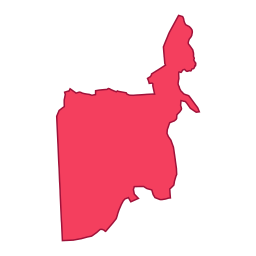 Al Jarrahi, Al Hudaydah, Yemen
{"feature_id": "15242507B33824576617573", "entity_name": "Al Jarrahi", "entity_type": "district", "adm_level": 2, "iso_a3": "YEM", "parent_name": "Yemen", "parent_adm1": "Al Hudaydah", "projection": "mercator", "projection_center": [43.453, 14.104], "detail": "fine", "context": "isolated", "style": "filled", "palette": "rose", "viewbox_px": 256, "rotation_deg": 0, "n_neighbors": 0, "source": "geoboundaries", "source_scale": "gbopen_adm2", "svg_char_len": 4024}
<svg xmlns="http://www.w3.org/2000/svg" viewBox="0 0 256 256"><path d="M176.4,168.2L176.3,167.6L175.3,160.5L175.3,160.4L175.3,160.2L175.2,159.3L175.0,158.2L174.8,156.6L174.7,155.9L174.5,154.4L174.4,153.9L173.9,150.3L173.4,147.1L171.9,143.0L170.9,140.2L170.2,139.2L168.6,136.9L168.3,136.4L167.2,133.8L167.0,133.4L167.1,132.4L167.2,130.7L167.3,129.6L168.0,127.6L168.7,125.6L168.8,125.1L169.7,122.8L169.7,122.7L173.2,121.3L174.3,120.9L176.1,119.4L176.7,118.2L176.7,116.7L176.9,114.8L178.0,113.6L179.7,111.9L181.3,109.6L181.5,108.7L181.2,107.3L180.6,105.4L181.0,100.6L182.0,100.8L183.0,101.0L183.3,101.1L183.5,101.2L185.3,101.5L186.8,103.2L190.2,108.0L190.3,108.2L190.4,108.3L196.0,112.1L196.3,112.2L199.3,111.8L197.8,108.0L197.2,107.1L195.6,105.0L190.7,98.3L189.2,96.3L189.0,96.0L188.2,95.5L187.4,95.2L186.0,94.8L184.4,94.2L183.5,93.7L182.9,93.0L182.4,92.3L181.8,91.9L181.3,91.5L180.8,90.7L179.6,88.5L179.2,86.8L178.7,85.8L178.4,85.1L178.1,84.0L178.1,83.2L178.5,80.3L178.9,78.7L178.7,74.7L178.7,73.0L178.9,72.0L179.3,71.9L180.1,72.1L180.5,72.3L181.0,72.4L181.4,72.1L182.0,71.1L182.6,70.2L183.0,69.9L183.6,69.7L184.2,69.4L184.8,69.5L185.3,70.2L185.9,70.8L186.8,71.3L187.4,71.3L188.4,71.0L189.2,70.7L189.6,70.7L190.3,70.9L191.0,70.8L191.4,70.2L191.6,69.4L192.1,68.9L192.6,68.8L193.1,68.8L193.6,68.6L194.1,68.0L194.6,66.8L194.8,66.4L194.8,65.8L195.1,65.6L195.5,65.7L195.6,65.4L195.8,64.8L195.6,64.4L195.4,64.0L195.5,63.7L195.8,63.4L195.8,63.2L195.6,62.9L195.2,62.6L195.0,62.3L194.7,61.7L194.4,61.1L194.0,60.7L193.9,60.4L193.8,59.9L193.8,59.5L194.2,58.9L194.2,58.7L194.2,58.2L194.1,57.7L193.8,57.2L193.6,56.9L193.5,56.4L193.6,56.1L193.5,55.6L193.5,55.2L193.5,54.9L193.6,54.5L193.5,53.2L193.3,52.1L193.1,51.6L192.8,50.0L191.0,47.4L189.8,45.7L188.5,44.1L188.2,43.0L188.3,42.2L188.6,40.9L189.3,39.0L190.7,37.3L191.7,35.5L192.2,32.9L192.3,32.6L192.3,31.3L192.0,29.9L191.2,28.7L190.5,27.8L189.3,26.6L186.2,25.0L185.7,24.7L184.9,23.4L184.4,22.2L184.0,21.0L183.6,18.7L183.0,17.3L182.6,16.6L180.7,16.0L178.6,15.4L169.4,32.3L168.5,34.3L167.9,35.8L167.8,36.1L167.0,38.0L166.4,39.5L165.9,40.6L164.1,45.1L164.0,45.5L163.7,46.2L163.5,46.8L163.4,46.9L164.1,55.4L164.1,55.7L164.2,56.9L164.3,57.3L164.5,59.9L164.8,63.4L165.5,65.1L158.7,69.5L155.8,71.3L155.7,71.3L155.5,71.5L154.7,72.0L153.7,72.6L151.8,73.8L151.6,73.9L151.3,75.3L150.3,76.7L147.5,78.4L148.1,79.8L148.3,80.3L148.8,81.9L149.1,82.9L149.2,83.4L152.0,83.1L152.8,83.7L152.9,84.7L152.8,85.7L153.0,86.7L154.6,94.1L154.3,94.1L152.3,94.1L148.2,94.3L146.3,94.4L145.4,94.5L139.5,94.9L137.2,95.0L133.4,95.3L133.2,95.3L129.6,95.2L127.1,94.2L126.2,92.8L122.4,92.1L118.5,91.4L117.4,90.9L116.3,91.8L115.3,91.4L113.9,90.9L111.2,89.7L110.9,89.6L109.6,88.8L108.3,88.5L107.1,89.4L104.3,89.6L99.1,90.1L95.6,90.7L95.5,94.6L93.8,94.9L91.9,95.3L89.3,94.4L87.0,94.1L85.1,93.8L82.5,93.2L80.6,92.3L79.3,92.1L76.0,93.1L75.3,92.5L74.4,91.9L72.6,90.6L71.8,90.0L70.1,88.8L69.1,90.9L68.9,91.0L68.9,90.9L66.8,91.5L66.7,91.6L66.2,91.7L65.3,92.0L64.8,92.1L64.6,92.2L65.3,94.5L64.2,100.0L64.2,102.9L64.3,106.6L62.3,108.0L62.1,108.2L59.1,110.5L56.7,116.3L57.0,123.4L57.8,140.7L58.0,144.6L58.7,161.3L59.1,168.4L59.6,181.2L59.8,184.4L60.1,190.7L60.2,194.3L61.4,220.6L61.6,223.0L62.4,240.6L73.3,240.1L79.2,239.0L81.1,238.7L87.3,237.0L90.3,236.4L91.6,236.1L93.1,235.1L96.8,232.4L100.0,229.5L101.1,229.3L102.6,229.5L104.3,230.3L105.3,231.4L105.8,231.2L109.7,226.6L112.8,223.0L113.8,221.7L116.2,218.7L116.9,216.6L117.4,214.9L117.6,214.0L118.2,212.2L119.1,209.6L121.4,204.3L123.4,200.6L124.6,199.4L124.8,199.1L125.3,198.7L126.4,198.4L126.7,198.3L128.4,197.6L130.8,201.8L134.8,200.0L138.4,198.4L134.3,194.1L133.4,189.5L133.7,188.5L134.3,186.6L140.2,186.5L143.7,186.5L146.6,188.4L147.4,188.7L151.7,189.9L151.9,190.3L153.2,194.7L155.0,197.6L159.6,199.4L160.2,199.6L161.9,199.6L165.5,199.0L168.2,198.2L168.5,198.1L170.2,197.9L170.4,197.9L170.1,194.6L170.0,193.0L169.8,189.7L169.8,188.9L171.2,187.7L173.8,185.1L174.2,183.0L174.5,181.1L175.9,176.3L176.7,174.4L176.4,168.2Z" fill="#f43f5e" stroke="#9f1239" stroke-width="1.5"/></svg>